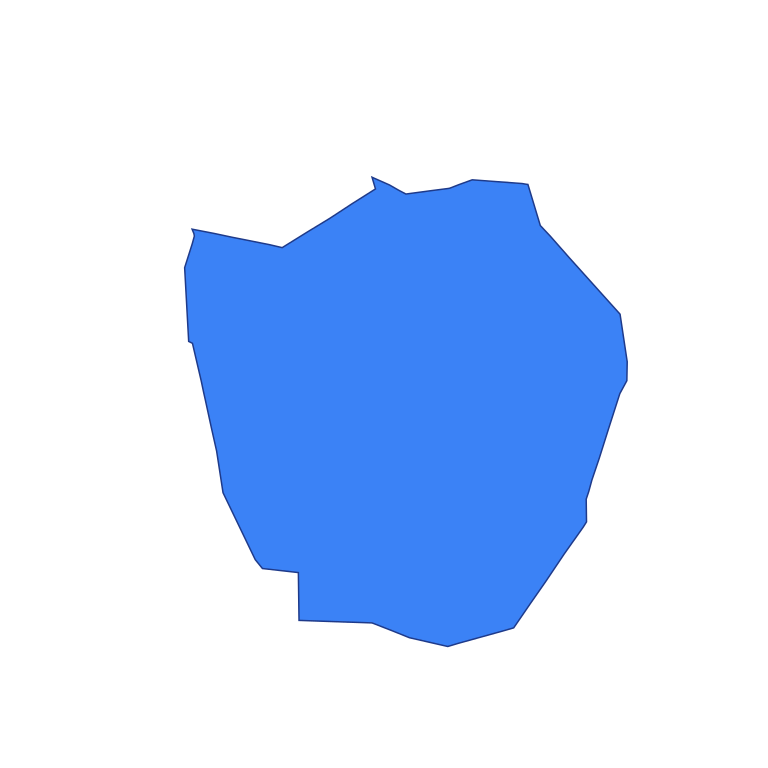 the district of Villa Tejúpam de la Unión, Oaxaca, Mexico, rotated 212°
{"feature_id": "50627088B36340506209634", "entity_name": "Villa Tejúpam de la Unión", "entity_type": "district", "adm_level": 2, "iso_a3": "MEX", "parent_name": "Mexico", "parent_adm1": "Oaxaca", "projection": "mercator", "projection_center": [-97.464, 17.665], "detail": "fine", "context": "isolated", "style": "filled", "palette": "blue", "viewbox_px": 768, "rotation_deg": 212, "n_neighbors": 0, "source": "geoboundaries", "source_scale": "gbopen_adm2", "svg_char_len": 1167}
<svg xmlns="http://www.w3.org/2000/svg" viewBox="0 0 768 768"><g transform="rotate(212 384 384)"><path d="M572.2,316.6L568.0,317.0L540.3,289.4L532.6,281.4L526.5,275.2L507.2,255.4L490.3,238.3L462.9,206.5L400.1,166.8L389.3,163.1L356.7,178.7L330.8,138.5L298.9,156.9L296.9,158.1L295.1,159.1L292.3,160.7L291.6,161.1L291.0,161.5L289.9,162.1L288.5,162.9L287.7,163.4L286.3,164.2L284.6,165.2L267.8,174.9L267.6,175.0L267.3,175.1L246.1,179.1L228.0,182.3L190.8,195.2L183.7,203.3L157.4,232.0L153.6,236.1L144.8,245.9L143.8,269.0L143.5,276.1L142.2,302.0L141.1,335.4L140.2,351.2L140.1,352.3L139.2,368.4L139.2,372.2L139.2,372.5L139.2,374.4L151.5,393.5L153.4,401.4L156.8,412.7L162.0,434.7L170.5,467.6L178.9,500.8L179.8,515.5L189.5,531.7L220.8,568.3L293.9,589.3L321.3,597.5L335.4,601.2L367.7,629.5L369.4,628.7L373.1,627.2L417.4,603.9L426.1,592.8L432.0,584.9L433.2,583.8L446.4,573.0L466.1,556.7L474.4,556.1L484.8,555.7L503.7,553.0L494.6,544.9L506.5,520.2L517.7,495.9L529.7,472.0L542.6,445.7L555.2,441.4L562.3,438.7L579.2,432.3L591.0,427.8L607.5,421.8L628.8,413.6L624.9,410.8L623.2,408.9L620.9,401.2L614.7,377.0L572.2,316.6Z" fill="#3b82f6" stroke="#1e3a8a" stroke-width="1.5"/></g></svg>